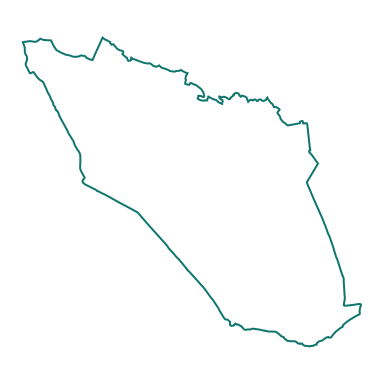 Slobozia Bradului, Vrancea, Romania
{"feature_id": "2599482B85877381221318", "entity_name": "Slobozia Bradului", "entity_type": "district", "adm_level": 2, "iso_a3": "ROU", "parent_name": "Romania", "parent_adm1": "Vrancea", "projection": "equal_earth", "projection_center": [27.039, 45.483], "detail": "fine", "context": "isolated", "style": "outline", "palette": "teal", "viewbox_px": 384, "rotation_deg": 0, "n_neighbors": 0, "source": "geoboundaries", "source_scale": "gbopen_adm2", "svg_char_len": 5794}
<svg xmlns="http://www.w3.org/2000/svg" viewBox="0 0 384 384"><path d="M23.0,42.1L23.3,43.6L23.9,44.9L24.7,47.3L24.8,49.7L24.8,52.4L25.3,53.7L26.7,56.2L27.1,57.7L27.0,59.9L25.7,63.6L25.7,64.5L25.8,65.1L26.1,65.9L27.5,68.4L28.6,70.8L29.6,72.7L30.0,73.2L30.2,73.3L32.0,72.6L33.0,72.1L33.5,72.1L34.7,73.7L36.7,76.5L38.4,78.6L40.2,80.1L42.7,81.6L43.3,82.4L43.8,83.4L44.4,85.0L46.1,88.4L47.9,92.8L49.1,94.6L50.2,97.0L50.5,97.5L50.8,98.9L51.8,100.5L52.8,102.2L53.1,103.2L53.2,104.4L53.6,105.3L55.2,107.2L55.1,108.0L56.0,110.1L56.3,110.4L56.5,110.3L56.8,110.4L58.4,112.9L58.9,114.7L59.7,116.5L61.1,119.2L64.7,125.7L65.9,128.0L67.1,130.0L68.5,133.4L70.5,136.4L71.9,138.8L73.2,140.8L74.0,142.5L74.4,144.3L74.8,145.1L77.5,149.9L78.3,150.8L78.8,151.5L79.9,153.7L80.2,154.8L80.3,155.8L80.4,160.2L80.1,168.1L80.6,170.0L81.5,172.0L83.2,175.1L84.5,177.2L84.7,177.6L83.5,179.3L83.0,179.8L82.8,180.3L82.6,181.4L82.6,182.0L82.8,182.5L83.7,183.3L85.2,184.5L95.5,189.6L96.3,190.2L97.2,191.0L98.3,191.3L103.1,193.8L103.8,194.0L120.8,203.4L137.6,212.4L148.9,225.4L166.3,244.8L167.9,246.8L168.3,247.7L168.5,248.1L172.3,252.1L176.9,257.5L178.8,259.2L186.0,268.0L187.9,270.5L190.0,272.5L199.2,282.7L200.8,284.7L202.3,286.1L204.6,288.8L211.0,297.7L213.0,300.0L218.3,308.1L219.7,310.8L222.4,315.4L224.3,318.3L225.1,319.2L225.6,319.4L227.3,319.6L228.0,320.0L230.0,321.8L230.1,322.7L229.9,324.0L230.4,325.3L230.8,325.7L231.6,325.9L232.3,325.7L233.7,325.5L234.0,325.4L234.2,324.8L234.5,324.7L234.7,324.4L235.1,323.7L235.4,323.6L235.6,323.7L235.8,324.1L236.1,324.3L236.4,324.4L236.6,324.2L237.1,324.3L237.7,324.6L238.6,324.7L239.0,324.9L239.3,325.3L239.9,325.5L240.4,325.9L240.8,325.9L241.2,326.1L241.5,326.4L241.8,327.0L243.2,328.3L244.2,329.5L244.7,329.7L246.1,329.8L247.9,329.4L249.9,329.5L250.9,329.3L251.5,328.9L252.5,328.7L254.4,328.8L261.1,329.9L262.2,330.3L264.8,330.7L268.1,331.5L274.1,331.6L276.3,332.0L276.8,332.2L277.2,332.9L277.6,333.2L278.3,333.5L279.3,334.2L280.7,335.8L282.8,336.9L283.2,337.0L283.9,337.4L284.1,338.1L285.6,339.5L286.0,339.6L287.5,340.9L289.2,340.9L290.5,341.3L291.3,341.3L292.5,341.1L294.3,341.4L294.9,341.3L295.3,341.4L296.0,341.6L297.2,342.8L297.9,343.4L299.7,343.4L300.1,344.0L301.2,343.6L302.2,343.6L302.4,344.1L302.9,344.6L304.8,345.9L305.4,345.9L306.1,345.8L309.7,346.4L310.3,346.0L312.2,345.9L313.4,345.8L313.7,345.6L314.0,345.2L315.3,344.7L316.0,344.5L316.6,344.6L316.9,343.2L318.9,341.4L321.5,340.8L323.0,340.0L325.1,338.3L326.7,337.5L326.7,337.4L328.4,337.0L328.9,337.5L329.9,337.7L331.0,337.3L331.5,337.0L332.3,335.6L334.4,333.1L336.3,331.2L337.8,330.1L339.2,328.9L342.3,326.9L342.1,326.7L343.0,325.8L343.4,324.7L346.4,322.2L349.9,319.7L353.9,317.3L356.9,315.6L359.7,314.2L359.8,313.9L359.6,311.2L359.7,309.9L360.2,307.3L360.6,306.4L361.0,305.2L360.8,304.4L360.5,304.2L358.6,304.0L355.8,304.5L346.6,305.7L344.3,305.7L343.8,305.2L344.2,302.0L344.8,299.1L344.8,296.6L344.5,294.4L344.1,286.8L343.7,281.6L343.7,280.4L343.8,279.1L343.3,277.3L342.2,274.7L337.1,258.9L336.1,256.9L335.1,253.4L334.4,251.5L333.2,247.1L329.7,237.0L329.0,235.3L328.2,234.0L325.8,227.1L324.2,223.2L322.5,218.7L318.5,209.8L314.0,199.6L307.9,185.3L306.8,182.3L318.0,163.6L311.7,154.8L310.4,153.3L309.4,152.5L309.1,151.3L310.2,150.5L309.7,149.5L310.2,148.9L309.8,147.6L307.4,125.5L307.0,123.5L306.7,123.3L305.5,123.2L304.9,123.2L304.1,123.6L303.6,123.5L303.2,123.4L303.0,122.8L302.8,121.5L302.7,121.2L302.0,121.0L301.4,121.1L300.0,121.8L299.8,123.1L297.9,123.6L288.1,125.4L287.3,125.2L284.0,122.4L282.9,121.7L281.1,119.6L280.6,118.8L280.0,116.7L279.5,115.7L278.5,114.4L277.5,113.2L277.4,112.6L279.6,109.6L278.7,108.6L276.1,107.1L275.0,107.2L273.8,107.0L273.5,106.1L272.8,104.6L272.3,103.9L270.9,103.0L270.4,102.2L269.1,100.6L267.9,98.9L267.3,97.6L266.8,98.2L265.7,100.1L264.0,100.9L263.3,101.0L262.3,100.7L260.4,99.3L259.2,99.6L258.6,99.9L257.7,100.9L257.1,101.1L256.7,100.4L255.6,99.9L255.0,99.4L253.7,99.9L253.2,99.9L253.1,100.4L251.1,99.9L250.1,99.9L248.2,101.7L248.1,101.2L247.3,99.7L246.9,98.5L246.4,97.4L244.8,96.5L241.8,95.6L240.8,96.7L239.5,95.5L239.1,94.8L239.1,94.4L238.2,93.4L236.7,93.0L235.5,92.9L234.4,93.9L233.5,94.6L233.9,95.0L233.9,95.3L232.6,96.1L230.7,97.7L230.1,98.7L229.7,99.1L229.2,99.2L227.1,98.0L224.8,96.9L223.6,96.8L221.5,97.3L219.8,96.7L219.4,96.4L219.2,96.5L219.2,97.3L219.5,97.8L220.5,99.1L222.5,100.2L222.7,101.0L222.5,102.2L222.1,103.0L222.1,103.9L218.8,102.4L217.8,101.6L216.4,100.2L212.5,98.9L208.4,96.6L207.1,99.8L207.2,100.4L201.7,100.6L198.9,99.5L197.9,98.9L197.7,98.5L198.0,97.8L198.4,97.0L198.5,96.4L198.2,96.1L198.3,95.8L200.1,95.8L201.2,96.1L202.3,96.7L203.2,97.0L203.8,96.9L204.2,96.2L204.1,95.3L203.3,92.2L201.8,90.0L201.2,89.1L200.0,88.1L198.8,87.3L197.5,86.2L196.1,85.2L195.1,84.7L194.4,84.6L193.3,84.2L192.3,83.6L191.2,83.1L190.3,83.0L190.0,83.6L189.4,84.7L189.0,84.9L187.0,84.4L185.1,83.7L185.9,79.9L185.5,79.3L185.5,78.4L185.7,77.1L186.1,75.8L186.9,74.5L187.5,73.1L186.6,72.9L185.1,72.4L180.8,70.0L180.0,70.5L179.4,70.8L176.9,70.9L174.3,71.7L169.8,71.0L169.0,70.3L167.6,69.7L165.1,68.7L164.1,68.4L163.5,68.4L161.5,67.6L160.1,66.4L159.1,65.4L156.4,66.8L153.0,65.8L152.4,65.0L150.6,63.7L149.3,63.2L148.4,63.5L146.7,63.4L145.0,63.1L143.8,62.8L139.2,61.2L134.0,59.1L133.4,59.2L132.0,59.0L131.7,58.4L131.8,57.9L131.3,57.6L130.8,60.3L129.4,60.9L128.4,60.9L128.0,60.5L127.3,59.0L127.0,57.8L125.3,56.8L122.4,54.0L123.3,52.4L123.2,51.6L122.7,51.1L121.4,50.6L120.2,50.3L117.6,49.2L116.7,48.3L115.7,46.9L114.6,46.0L113.7,44.4L112.7,44.3L111.5,44.7L110.1,43.0L110.2,42.1L106.6,40.1L104.9,39.5L102.6,37.6L92.4,60.1L89.3,59.2L86.3,57.7L84.9,56.0L81.4,55.5L80.5,55.6L79.0,56.4L76.4,56.8L73.2,56.7L70.2,55.6L65.5,54.6L60.7,52.5L56.5,50.1L54.4,47.1L53.1,44.8L51.0,40.4L43.7,40.0L40.3,38.7L37.6,41.0L35.2,41.9L30.1,41.1L23.0,42.1Z" fill="none" stroke="#0f766e" stroke-width="2"/></svg>